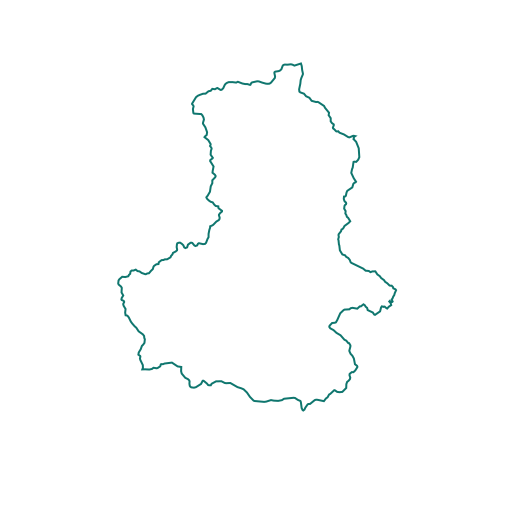 the district of Vo Nhai, Thái Nguyên, Vietnam, rotated 229°
{"feature_id": "81297802B13645799597087", "entity_name": "Vo Nhai", "entity_type": "district", "adm_level": 2, "iso_a3": "VNM", "parent_name": "Vietnam", "parent_adm1": "Thái Nguyên", "projection": "orthographic", "projection_center": [106.082, 21.786], "detail": "fine", "context": "isolated", "style": "outline", "palette": "teal", "viewbox_px": 512, "rotation_deg": 229, "n_neighbors": 0, "source": "geoboundaries", "source_scale": "gbopen_adm2", "svg_char_len": 6159}
<svg xmlns="http://www.w3.org/2000/svg" viewBox="0 0 512 512"><g transform="rotate(229 256 256)"><path d="M326.6,151.1L325.1,149.3L325.1,147.8L324.5,146.3L325.9,143.5L328.1,141.4L328.1,137.6L327.7,136.2L325.7,134.0L324.6,133.6L321.4,134.1L320.0,133.8L316.7,130.6L313.3,129.9L312.4,127.1L311.5,125.9L310.8,125.8L309.0,126.7L308.0,126.5L307.6,126.1L307.1,124.6L306.5,124.0L305.1,123.4L301.6,122.8L299.1,120.1L296.8,118.7L295.7,119.6L294.9,119.8L293.1,119.7L288.6,118.5L286.4,118.3L282.5,118.3L280.4,118.6L276.2,118.0L271.1,119.2L269.1,119.1L267.4,117.9L266.1,117.5L263.6,114.8L263.1,112.6L263.0,110.9L261.3,107.9L260.1,104.2L258.7,102.5L256.5,103.0L255.9,102.7L254.7,101.1L253.4,100.5L247.9,99.0L245.8,97.3L245.0,95.8L243.3,97.9L240.3,101.0L239.0,103.4L238.9,105.3L236.4,107.4L236.0,108.3L235.6,111.2L235.8,111.8L236.6,112.9L236.6,113.5L235.4,114.8L234.8,116.5L230.7,122.6L224.1,124.4L221.3,126.8L218.2,123.9L216.0,122.8L210.5,122.7L207.6,123.9L206.1,124.0L205.1,123.7L203.2,121.9L201.4,120.8L200.3,120.7L199.3,121.0L197.3,122.8L196.4,124.6L195.5,130.6L196.8,133.9L196.5,134.4L195.7,134.7L191.8,135.3L190.1,135.2L189.3,135.7L188.1,137.1L188.7,138.7L187.6,143.6L184.2,147.7L180.7,149.1L179.6,150.0L177.0,153.3L169.2,156.0L165.8,158.1L163.5,159.2L158.9,159.6L153.6,159.0L148.4,159.3L147.5,159.8L140.5,166.5L139.4,168.2L137.4,172.8L135.1,174.6L132.1,177.7L130.2,181.0L129.9,183.4L129.6,183.9L124.3,191.4L123.2,192.3L119.9,193.2L117.5,194.4L116.3,194.0L111.3,190.7L109.1,190.1L108.4,190.3L108.3,191.8L109.2,193.8L110.1,197.5L110.0,198.4L108.9,199.7L108.7,205.8L108.1,207.1L107.1,208.1L101.9,212.0L102.6,215.3L102.4,217.3L103.5,220.3L103.2,221.6L103.4,227.0L103.0,227.4L100.2,228.1L98.4,229.7L96.8,232.0L97.2,237.5L100.0,240.1L101.2,242.2L101.1,243.9L101.4,246.0L102.3,247.3L104.8,248.4L105.6,249.4L105.5,252.1L104.4,253.3L104.5,255.8L105.6,259.5L106.1,260.0L106.9,260.2L109.4,259.7L114.4,262.6L117.5,263.3L120.1,263.2L122.8,264.0L123.4,264.4L125.7,267.8L126.6,268.6L129.1,269.1L129.8,268.5L132.9,268.6L134.8,267.8L140.7,267.8L145.2,266.3L149.2,265.9L152.7,264.6L154.4,264.8L154.9,265.3L155.2,266.4L155.5,269.5L153.9,271.7L153.5,272.8L154.4,275.4L157.5,282.0L157.7,286.5L157.5,287.6L154.5,291.5L154.5,293.1L153.6,294.8L149.8,297.9L149.9,301.2L149.2,302.0L149.0,305.4L147.5,305.8L145.8,305.5L143.9,305.8L141.9,304.8L136.7,307.1L134.3,306.8L133.5,307.2L132.8,313.3L135.1,316.6L135.4,318.0L134.0,318.8L133.9,319.4L133.4,319.9L132.1,320.0L130.3,320.5L130.6,323.1L130.2,325.8L132.0,326.7L134.2,326.7L134.3,327.5L133.2,327.5L132.4,328.0L132.0,328.5L132.0,329.2L134.2,329.9L134.3,331.0L135.4,333.1L135.7,334.5L136.9,336.3L138.3,339.3L139.4,339.4L141.5,338.4L142.7,339.0L144.6,338.9L145.8,337.6L146.3,337.4L149.2,337.2L151.9,336.5L153.7,336.8L157.3,336.0L159.6,336.2L162.5,335.5L166.1,336.0L168.0,333.8L168.7,331.8L170.7,331.3L173.0,329.1L176.2,328.6L188.4,323.4L189.5,323.4L191.5,324.2L194.0,324.3L196.3,323.5L198.0,323.7L200.5,322.2L205.2,323.0L209.3,325.8L210.2,326.1L213.6,328.5L214.7,329.0L216.0,331.0L217.7,332.0L218.2,332.7L218.9,336.4L219.9,337.9L219.6,339.0L219.7,340.1L220.6,342.5L220.2,347.6L220.4,349.9L224.4,350.6L225.9,350.3L227.8,351.1L229.4,351.3L231.1,353.1L233.9,353.6L235.7,355.6L236.1,356.7L236.0,357.8L236.5,358.6L237.4,359.0L239.0,358.7L240.4,359.2L241.5,359.7L243.1,361.4L242.5,362.2L242.5,363.3L244.6,366.1L245.3,367.7L244.6,373.7L246.6,376.8L246.7,378.1L246.3,379.5L246.4,380.2L250.6,380.8L256.2,382.4L258.5,385.4L259.3,387.0L263.0,391.3L262.8,392.0L261.3,393.4L261.6,396.3L262.8,398.8L269.9,404.2L276.5,406.5L280.3,406.3L280.7,407.2L281.6,407.8L281.4,409.5L282.5,408.7L283.0,408.1L284.2,404.4L285.2,403.6L290.1,402.1L294.3,399.9L296.2,399.9L296.8,398.8L297.6,398.3L300.3,398.2L301.7,397.9L302.4,398.2L303.8,400.7L304.4,401.0L306.5,400.5L308.6,400.7L311.0,402.8L314.6,403.2L316.2,405.1L322.5,405.3L324.6,405.8L331.2,404.0L332.1,403.4L332.7,402.4L336.6,399.8L340.4,400.1L343.7,398.6L347.0,398.7L350.4,396.8L351.6,396.6L353.5,397.9L356.9,402.4L359.5,405.2L360.7,407.2L362.3,410.5L362.9,411.1L366.0,412.8L369.3,415.1L371.8,416.2L374.5,409.9L376.4,409.1L377.8,408.1L379.7,405.3L381.6,403.3L382.2,402.0L382.0,400.8L380.3,397.7L380.2,395.9L380.6,394.5L382.5,391.5L382.6,390.7L382.2,390.0L379.0,388.2L378.0,387.0L377.0,381.1L377.2,379.3L378.2,377.9L379.5,376.6L383.0,374.3L385.9,372.7L387.1,371.5L389.6,366.9L389.6,365.7L388.9,364.2L389.0,363.8L391.4,362.3L392.9,360.6L395.1,358.9L399.4,356.6L399.9,354.8L402.8,352.2L405.1,349.5L405.7,347.8L405.9,346.0L405.6,344.6L404.1,341.3L404.0,339.1L404.6,338.2L408.1,337.1L408.4,336.4L408.8,334.4L410.8,332.7L410.4,330.2L411.5,328.2L411.6,324.5L413.2,322.5L414.5,319.2L415.1,317.2L415.2,314.9L412.9,307.7L412.5,307.4L410.7,307.4L409.8,307.0L408.3,304.8L405.1,302.6L404.6,302.5L404.1,302.7L399.0,307.8L397.3,307.8L394.9,307.2L393.1,306.2L391.4,303.5L390.7,302.8L386.3,302.2L381.5,300.3L379.7,298.2L379.7,295.6L379.5,295.1L374.8,296.0L370.3,295.2L369.7,294.7L369.2,293.5L366.9,293.3L366.1,292.9L365.0,291.0L362.2,288.2L358.4,287.8L358.2,287.3L358.4,284.5L357.8,283.7L351.4,282.7L348.6,279.1L347.4,277.8L344.3,278.3L342.8,278.0L342.2,276.9L341.8,272.7L339.6,270.8L338.3,267.6L334.7,263.4L333.2,259.0L333.0,257.4L332.7,256.9L331.0,256.6L328.4,256.9L326.6,257.4L324.9,258.5L322.2,258.2L320.2,258.4L318.2,260.1L317.0,259.2L316.4,259.1L312.4,260.0L311.9,259.5L311.9,257.0L311.5,255.2L311.0,254.7L308.9,253.8L307.9,252.8L307.5,251.4L308.0,248.7L307.6,244.2L307.8,242.9L308.5,240.9L307.6,240.1L306.3,237.9L303.8,234.7L301.3,232.5L300.7,230.7L298.7,226.9L298.6,225.4L299.7,223.8L303.1,221.3L303.3,220.3L302.6,218.5L303.3,216.8L304.5,216.4L307.6,216.5L308.3,216.1L308.9,215.4L309.2,212.1L307.7,209.7L308.3,207.9L309.6,207.5L311.8,208.2L314.0,208.0L316.0,207.4L316.9,206.0L317.2,204.9L316.7,204.0L314.8,202.0L312.6,200.7L312.1,200.1L312.1,198.3L312.8,195.4L312.0,193.9L311.8,192.0L311.1,190.6L311.8,186.8L313.4,184.8L313.6,183.6L314.7,182.3L314.9,181.2L315.0,178.5L313.9,177.1L315.1,175.4L315.4,172.7L315.2,171.7L313.8,169.5L313.7,167.1L313.2,163.9L314.2,162.4L314.5,161.0L314.9,160.5L318.2,158.6L320.8,158.0L322.3,156.7L324.6,156.3L325.4,154.0L326.6,152.6L326.6,151.1Z" fill="none" stroke="#0f766e" stroke-width="2"/></g></svg>